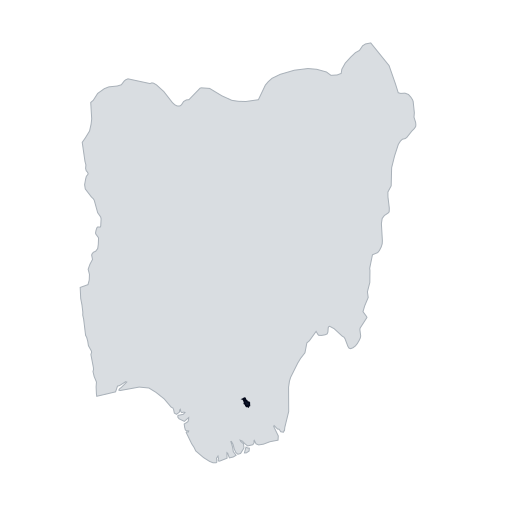 Umuahia North, Abia, Nigeria (highlighted), rotated 350°
{"feature_id": "59680162B14302921886514", "entity_name": "Umuahia North", "entity_type": "district", "adm_level": 2, "iso_a3": "NGA", "parent_name": "Nigeria", "parent_adm1": "Abia", "projection": "equal_earth", "projection_center": [7.466, 5.592], "detail": "fine", "context": "in_parent", "style": "filled", "palette": "ink", "viewbox_px": 512, "rotation_deg": 350, "n_neighbors": 0, "source": "geoboundaries", "source_scale": "gbopen_adm2", "svg_char_len": 4823}
<svg xmlns="http://www.w3.org/2000/svg" viewBox="0 0 512 512"><g transform="rotate(350 256 256)"><path d="M406.0,66.1L420.1,91.6L423.2,110.6L424.4,119.9L426.7,121.0L431.0,121.5L434.2,123.4L436.1,126.5L437.3,129.4L437.6,131.1L436.8,142.5L435.7,146.7L436.4,152.3L436.2,154.7L435.7,156.3L433.8,158.2L431.2,160.0L425.0,165.5L423.2,166.3L420.5,166.4L418.3,167.8L415.6,170.7L409.8,181.6L404.9,192.6L401.3,210.4L397.0,215.9L396.2,220.8L395.6,231.9L394.9,235.3L394.2,236.3L389.5,238.4L386.8,240.9L385.1,245.9L383.1,263.0L382.4,265.9L380.9,268.8L378.5,272.0L376.4,273.8L370.9,275.0L365.8,287.9L365.7,290.1L363.5,301.8L359.5,310.6L359.3,316.3L354.3,324.1L351.7,329.4L354.4,334.9L354.6,335.8L346.0,345.1L345.5,346.6L345.2,353.0L344.5,354.8L342.9,357.1L340.6,359.8L338.3,361.8L335.6,363.2L333.0,363.7L331.6,362.9L330.8,360.9L329.3,353.0L328.6,351.3L326.9,349.8L320.3,341.1L316.3,338.0L315.4,338.2L314.7,339.0L313.6,343.4L312.5,345.1L310.4,345.6L306.7,345.6L304.0,345.0L303.4,344.2L302.1,340.7L293.9,348.7L291.0,350.4L287.4,359.8L282.2,364.5L278.6,368.6L269.1,381.4L267.2,385.1L265.3,390.8L261.2,414.8L254.6,429.8L253.7,433.0L253.3,432.9L252.4,434.3L249.9,433.4L248.7,430.6L247.2,430.2L244.4,426.1L243.8,426.8L246.7,437.1L245.7,441.2L237.6,441.3L230.6,442.6L225.8,442.5L223.4,441.0L222.3,437.2L221.9,437.6L221.7,439.6L220.1,441.3L214.8,441.6L212.4,438.9L210.5,436.0L208.4,434.6L208.7,435.9L211.1,438.8L210.8,443.0L206.5,447.8L203.7,448.1L202.0,446.0L201.1,442.6L200.7,437.6L199.6,434.3L199.0,434.3L199.7,439.7L199.7,444.8L201.8,448.8L198.6,450.0L194.8,450.2L194.4,448.7L193.9,445.4L193.2,444.6L192.4,450.1L184.6,451.7L183.5,451.4L183.3,450.4L183.9,448.9L183.8,446.4L182.0,448.3L181.7,452.1L180.8,452.7L177.8,452.2L174.6,450.2L169.3,445.4L162.8,437.5L161.8,433.9L160.0,429.6L156.6,417.6L157.2,417.1L158.7,417.7L159.4,416.6L156.8,415.8L156.2,414.9L156.0,412.3L156.1,409.0L160.2,407.3L161.2,405.4L161.7,403.4L156.7,406.4L152.0,403.0L151.0,401.0L151.5,399.4L156.9,399.3L158.9,397.7L157.7,397.2L155.6,397.3L154.9,396.2L154.9,393.8L154.2,394.3L153.4,396.5L150.2,398.1L148.3,396.5L148.2,392.9L147.8,391.3L146.2,390.1L140.7,380.7L133.7,372.8L127.6,367.4L118.2,364.8L98.7,364.9L97.6,364.2L98.8,362.9L100.5,362.1L106.8,357.7L105.8,357.1L99.2,359.9L97.0,360.1L94.1,365.4L74.8,366.5L74.9,364.1L75.8,357.2L77.0,352.4L75.7,346.6L75.4,341.4L76.2,339.8L76.5,337.8L76.3,324.3L77.4,322.3L77.4,321.0L75.4,315.2L75.5,310.8L75.1,306.6L74.4,304.6L75.3,288.2L75.1,284.2L75.7,281.3L76.1,274.2L76.0,267.3L77.4,256.4L85.6,255.0L87.6,250.7L88.8,245.2L88.4,239.9L91.1,235.2L94.4,231.0L94.3,226.5L95.2,225.1L96.7,224.0L98.9,223.5L101.4,221.2L102.7,217.2L104.1,210.8L102.0,206.4L102.0,205.4L102.9,203.0L104.2,200.6L105.2,199.9L107.6,200.5L108.3,199.5L109.9,192.5L109.8,190.6L107.6,185.9L106.4,173.2L105.8,171.5L104.1,169.2L99.5,160.3L99.6,156.0L101.6,150.6L102.8,148.0L104.6,146.5L105.0,145.3L104.4,143.8L103.6,142.6L103.4,140.2L104.3,136.8L104.0,133.1L104.6,113.9L108.3,110.2L113.8,104.0L116.5,97.5L118.0,92.5L119.9,76.1L122.8,74.4L128.3,68.4L135.6,64.9L140.4,63.9L148.8,64.5L153.1,64.0L156.7,60.7L158.4,59.8L160.7,59.3L181.6,67.8L183.5,67.4L185.1,68.0L187.7,70.2L193.8,78.1L200.3,90.4L202.3,93.0L204.3,94.5L206.4,95.0L207.9,94.8L209.4,93.6L211.5,91.3L214.5,90.2L217.1,90.4L230.1,81.0L231.4,80.9L239.4,82.9L250.3,92.4L259.2,98.5L265.5,100.6L272.9,102.1L285.5,102.5L294.9,89.3L298.4,86.4L302.6,83.8L311.4,81.3L326.0,79.7L339.7,80.4L348.3,82.7L357.3,87.0L361.2,91.1L367.3,91.8L371.6,91.0L373.0,86.9L377.4,81.5L383.9,76.5L389.2,73.0L393.6,71.5L397.5,67.5L400.6,66.2L406.0,66.1ZM215.3,446.9L212.3,448.2L210.4,447.9L213.0,442.4L214.4,443.6L216.1,444.1L215.3,446.9Z" fill="#d9dde1" stroke="#a8b0b8" stroke-width="1"/><path d="M222.3,403.2L222.5,402.8L222.5,402.5L222.7,402.4L222.9,402.4L223.2,402.3L223.6,402.2L223.5,401.5L223.5,401.4L223.8,401.0L223.8,400.2L223.9,399.9L224.0,399.4L223.8,399.2L223.7,398.8L222.8,398.4L222.7,398.4L222.4,398.5L222.0,397.9L221.9,397.6L221.9,397.4L221.9,397.1L221.8,396.9L221.5,396.5L221.4,396.5L221.4,396.4L221.1,396.3L220.5,396.2L220.5,395.2L220.7,394.8L220.7,394.7L220.5,394.1L220.2,394.0L220.0,393.9L219.8,393.9L219.6,394.0L219.2,394.2L218.9,394.4L218.5,394.5L218.1,394.6L218.3,394.7L218.3,394.8L218.5,394.9L218.6,395.0L218.7,395.3L218.7,395.5L218.8,395.6L218.8,395.8L218.9,396.0L218.9,396.4L218.9,396.5L219.0,396.6L219.0,396.8L219.1,397.0L219.2,397.4L219.2,397.5L219.3,397.8L219.2,398.0L219.2,398.3L219.1,398.5L219.1,398.8L219.0,399.0L218.9,399.1L218.8,399.3L219.0,399.6L219.3,399.6L219.5,399.6L219.5,399.8L219.8,400.0L219.9,400.3L220.0,400.3L220.0,400.5L219.9,400.8L219.9,401.0L219.9,401.4L220.0,401.5L220.3,402.2L220.5,402.4L220.7,402.5L220.9,402.5L221.0,402.7L221.3,402.6L221.3,402.3L221.3,402.2L221.5,402.3L221.6,402.2L221.8,402.5L222.0,402.9L222.2,403.1L222.3,403.2Z" fill="#0f172a" stroke="#020617" stroke-width="1.5"/></g></svg>